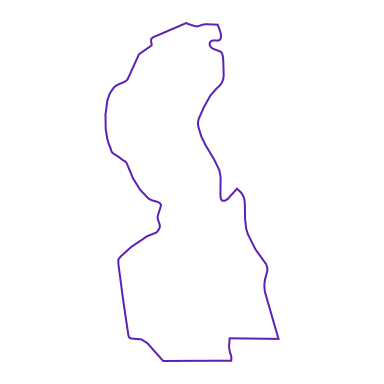 SVG path tracing the border of White Nile
{"feature_id": "SDN-879", "entity_name": "White Nile", "entity_type": "State", "adm_level": 1, "iso_a3": "SDN", "parent_name": "Sudan", "parent_adm1": "", "projection": "mercator", "projection_center": [32.247, 13.605], "detail": "fine", "context": "isolated", "style": "outline", "palette": "violet", "viewbox_px": 384, "rotation_deg": 0, "n_neighbors": 0, "source": "natural_earth", "source_scale": "10m", "svg_char_len": 2088}
<svg xmlns="http://www.w3.org/2000/svg" viewBox="0 0 384 384"><path d="M278.5,338.9L229.7,338.3L229.4,338.8L229.4,339.3L229.5,339.9L229.5,340.5L229.5,341.9L229.1,344.4L229.0,345.7L229.1,347.1L229.8,351.9L231.1,355.6L231.3,356.8L231.4,358.1L231.2,360.7L197.2,360.8L163.2,361.0L147.4,343.2L141.4,339.4L132.3,338.6L130.8,338.3L129.4,337.7L128.7,336.4L128.3,334.7L123.0,298.9L118.4,264.0L118.3,259.8L118.7,259.0L121.0,256.2L131.0,247.1L147.3,236.1L156.2,232.6L156.8,232.1L157.5,231.3L158.7,229.6L159.3,228.5L159.7,227.6L159.8,226.9L159.8,226.2L159.8,225.6L159.3,223.3L157.9,219.6L157.7,218.4L157.6,217.2L157.9,215.4L160.7,206.6L160.9,205.2L160.8,204.4L160.6,204.1L160.2,203.6L159.8,203.2L158.1,202.1L157.6,201.9L151.9,200.3L149.6,199.2L148.7,198.6L146.1,196.2L145.2,195.0L142.4,192.3L139.7,189.1L132.9,178.1L127.0,163.9L125.9,162.1L125.5,161.8L125.1,161.4L122.8,160.1L118.4,156.7L114.8,154.5L112.6,152.9L112.3,152.6L112.0,152.2L111.5,151.3L111.1,150.3L110.5,148.1L108.8,144.0L107.2,138.4L105.7,129.0L105.5,114.6L107.3,100.7L107.5,99.9L109.8,93.5L113.6,87.8L115.1,86.4L115.9,85.8L119.7,83.8L122.8,82.6L125.2,81.4L126.1,80.8L126.9,80.1L127.8,78.9L138.7,54.9L139.0,54.3L139.6,53.8L151.2,45.7L151.7,45.2L151.7,44.6L151.4,43.1L151.1,41.4L151.1,39.2L152.2,38.0L153.5,37.1L186.3,23.0L188.0,24.0L195.6,26.3L196.5,26.3L197.7,26.3L200.7,25.4L202.4,24.7L206.2,24.2L217.7,24.7L220.2,31.5L220.9,34.3L221.1,36.9L220.2,39.4L219.0,40.3L217.1,40.6L214.9,40.4L212.5,40.6L210.7,41.4L209.7,43.0L209.7,45.2L211.0,47.3L212.9,48.7L220.0,51.4L221.1,52.1L221.9,53.0L222.6,55.2L223.2,59.1L223.7,75.4L223.2,79.2L221.9,82.6L219.6,85.7L216.3,88.8L210.4,95.5L204.0,107.0L198.9,118.4L198.2,121.0L197.9,123.0L198.1,125.1L198.7,128.0L201.3,136.4L205.3,144.7L214.2,159.6L219.3,170.1L220.2,174.4L220.6,178.1L220.4,195.9L221.0,199.1L222.4,200.8L224.9,200.7L227.6,199.1L237.0,188.7L240.6,192.1L241.9,193.7L243.3,196.2L244.3,198.9L244.8,202.8L245.1,219.4L246.2,228.9L248.1,234.7L255.5,249.4L266.2,264.3L267.3,267.8L267.3,271.0L265.0,279.5L264.3,285.2L264.8,291.5L278.5,338.9Z" fill="none" stroke="#5b21b6" stroke-width="2"/></svg>